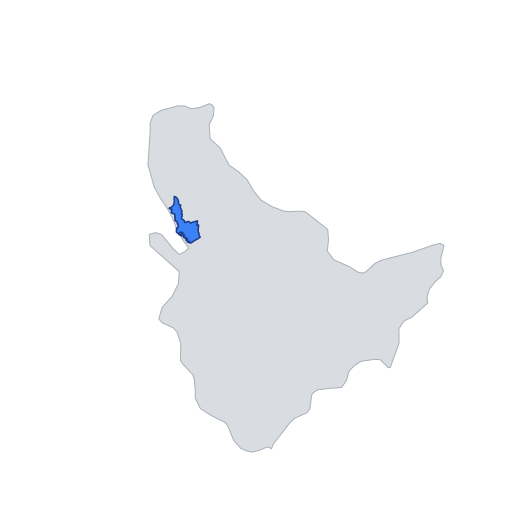 Sabana de la Mar, Hato Mayor, Dominican Republic (highlighted), rotated 227°
{"feature_id": "3306468B29734552826956", "entity_name": "Sabana de la Mar", "entity_type": "district", "adm_level": 2, "iso_a3": "DOM", "parent_name": "Dominican Republic", "parent_adm1": "Hato Mayor", "projection": "equal_earth", "projection_center": [-69.405, 19.01], "detail": "fine", "context": "in_parent", "style": "filled", "palette": "blue", "viewbox_px": 512, "rotation_deg": 227, "n_neighbors": 0, "source": "geoboundaries", "source_scale": "gbopen_adm2", "svg_char_len": 6458}
<svg xmlns="http://www.w3.org/2000/svg" viewBox="0 0 512 512"><g transform="rotate(227 256 256)"><path d="M104.5,349.3L105.0,328.3L107.5,319.8L105.3,310.8L94.8,301.3L88.5,289.0L82.9,278.2L84.1,276.6L95.5,276.1L99.6,272.2L107.3,261.1L108.8,252.1L108.2,245.4L103.3,237.3L101.4,228.8L107.6,221.4L115.7,210.6L116.8,206.4L116.6,202.3L107.3,190.9L106.7,186.0L111.1,173.6L110.7,165.5L106.5,139.9L104.5,136.1L108.7,134.0L111.4,126.4L115.1,119.6L120.0,116.0L125.5,113.7L136.4,113.9L151.5,119.8L155.8,119.7L170.3,114.3L182.4,111.3L193.7,114.7L198.3,119.3L207.6,126.6L212.3,128.9L227.1,128.7L231.1,129.4L243.5,141.5L253.9,146.3L260.0,146.5L270.9,141.9L276.3,142.0L282.5,152.4L283.7,167.1L288.8,180.6L296.8,189.2L335.9,185.6L344.6,192.7L341.6,198.5L336.1,201.6L317.5,200.3L309.4,201.0L307.7,206.8L307.7,212.2L318.6,213.5L329.3,216.2L340.1,220.6L351.2,223.5L363.6,225.5L375.9,228.6L396.4,239.2L419.1,263.4L425.1,268.9L429.1,276.5L427.3,285.8L419.2,301.1L414.6,306.0L408.0,309.0L403.4,315.3L399.0,326.0L396.3,326.9L393.1,326.5L387.6,320.4L383.8,311.1L372.8,302.3L359.8,303.5L340.7,298.3L329.1,300.8L317.5,301.4L305.7,298.7L293.7,297.8L281.8,301.1L270.3,306.7L266.0,310.3L258.6,319.0L254.7,322.2L226.6,326.6L218.5,320.2L211.0,311.5L200.2,310.3L184.5,317.0L174.7,319.5L170.7,322.4L169.5,325.7L169.5,337.9L167.2,345.3L151.8,373.4L143.1,393.2L139.6,399.3L135.5,400.7L128.0,389.3L123.2,385.1L117.3,383.1L114.8,377.0L114.9,368.4L113.4,360.1L109.7,353.5L104.5,349.3Z" fill="#d9dde1" stroke="#a8b0b8" stroke-width="1"/><path d="M349.2,226.3L349.1,226.2L349.4,226.0L349.4,225.9L349.7,225.9L350.1,225.9L350.2,225.7L349.9,225.6L349.7,225.6L349.5,225.8L349.2,225.7L349.1,225.3L349.3,225.1L349.2,225.1L348.9,225.3L348.8,225.6L348.7,225.7L348.6,225.8L348.6,226.0L348.2,225.8L347.8,225.8L347.6,226.1L347.3,226.2L347.2,226.0L347.1,225.6L347.2,225.3L347.0,225.2L346.8,225.2L346.6,224.9L346.3,224.9L346.2,224.7L346.1,224.3L345.9,224.1L345.6,224.0L345.5,223.9L345.5,223.6L345.4,223.6L345.2,223.8L344.9,223.6L344.5,223.8L344.5,224.0L344.3,224.0L344.1,224.1L343.7,224.1L343.4,224.4L342.9,224.5L342.7,224.8L342.2,225.1L341.9,225.1L341.6,225.0L341.6,224.9L341.2,224.4L340.9,224.3L340.8,224.0L340.7,223.9L340.5,223.7L340.2,223.6L340.2,223.3L340.1,223.2L339.9,223.1L339.0,222.9L338.9,222.8L338.7,222.8L338.6,222.7L338.3,222.3L338.4,222.1L338.2,221.8L338.0,222.0L337.8,221.6L337.6,221.2L337.3,221.1L336.8,221.0L336.5,221.0L336.2,221.1L335.6,221.3L335.6,221.5L335.1,221.6L334.3,221.6L333.9,221.2L333.8,220.9L333.3,220.9L333.2,220.5L332.6,220.6L332.4,220.2L331.4,220.0L331.2,219.8L330.8,219.8L330.5,219.2L330.4,218.8L330.2,218.6L330.2,217.9L330.3,217.9L330.5,217.5L330.5,217.3L330.3,217.3L330.2,217.1L330.2,216.8L330.4,216.7L330.4,216.4L330.2,216.3L329.8,216.2L329.7,216.1L329.4,215.8L328.7,214.9L328.5,214.6L327.7,214.1L327.2,214.1L326.7,214.1L326.2,214.4L325.7,214.4L325.5,214.5L324.6,214.4L324.3,214.3L324.1,214.3L323.0,214.7L322.4,215.0L322.2,215.0L321.9,215.1L321.4,215.3L321.4,215.6L321.7,215.4L321.8,215.3L322.2,215.3L322.4,215.0L322.5,215.0L322.8,215.3L323.0,215.2L323.2,215.3L323.2,215.0L323.4,214.7L323.7,214.7L323.8,214.8L323.8,215.0L324.0,215.0L324.0,214.9L324.2,214.6L324.5,214.6L324.9,214.9L325.1,214.8L325.2,215.0L325.2,215.4L325.1,215.9L325.0,216.0L324.9,217.1L324.8,217.5L324.7,217.6L324.3,218.0L324.1,218.0L323.7,218.1L323.4,218.0L323.4,217.8L323.5,217.6L323.5,217.4L323.4,217.3L323.2,217.5L323.2,217.3L323.0,217.1L322.8,217.4L322.8,217.2L322.9,216.9L322.7,217.0L322.6,216.9L322.3,217.2L322.1,217.1L321.9,217.2L321.7,217.1L321.3,217.2L321.2,217.2L320.9,217.1L320.5,217.2L320.5,217.4L320.3,217.4L320.3,217.1L320.2,217.1L320.1,217.3L320.0,217.0L320.1,216.7L319.9,216.9L319.9,216.5L319.7,216.5L319.7,216.3L319.7,216.1L319.5,215.9L319.3,215.9L319.2,215.7L319.2,215.9L319.3,216.0L319.2,216.0L319.0,216.3L318.9,216.3L319.0,216.1L319.0,215.9L318.9,215.9L318.8,216.1L318.8,215.9L318.6,215.9L318.6,216.0L318.3,215.9L318.3,216.2L318.1,216.2L318.0,216.6L317.9,216.7L317.7,216.0L317.7,216.4L317.5,216.5L317.4,216.7L317.1,216.7L316.9,216.9L316.8,217.0L316.6,216.7L316.4,216.6L316.4,216.8L316.5,216.8L316.3,216.9L316.3,217.3L316.2,217.3L316.0,217.1L316.0,216.8L316.0,216.7L315.9,216.7L315.9,216.9L315.7,216.8L315.7,216.7L315.5,216.9L315.4,216.9L315.4,216.7L315.2,216.6L315.1,216.8L315.0,216.5L314.9,216.7L314.7,216.6L314.6,216.2L314.4,216.2L314.2,216.3L314.1,216.5L314.0,216.4L314.0,216.6L313.9,216.2L313.6,216.2L313.7,215.9L313.4,215.7L313.2,215.5L313.1,215.9L313.2,216.1L313.1,215.9L313.0,215.6L312.9,215.6L312.9,215.8L312.8,216.0L312.7,216.1L312.6,215.9L312.3,215.9L312.2,216.1L312.2,215.9L312.0,216.0L312.0,216.3L311.8,216.4L311.8,216.6L311.6,216.4L311.4,216.7L311.2,216.6L310.9,216.6L310.7,216.6L310.7,216.8L310.5,216.7L310.3,216.9L310.1,216.9L309.9,217.3L309.8,218.1L309.6,218.7L309.5,219.5L309.4,220.2L309.3,221.0L309.1,221.5L309.0,222.4L308.8,223.0L308.7,223.8L308.2,225.1L308.2,226.3L307.9,227.1L307.9,228.1L308.3,228.2L309.2,228.3L309.7,228.6L310.3,228.7L310.6,228.9L311.2,229.6L311.7,229.9L312.0,230.0L312.4,229.9L312.9,230.1L313.5,230.7L313.9,231.0L314.6,231.8L315.6,232.4L315.9,233.1L316.2,233.4L316.5,233.8L316.6,234.0L317.1,234.2L317.5,234.8L317.7,235.1L317.9,235.1L318.2,234.9L318.5,234.5L318.7,233.8L318.9,233.7L319.0,233.7L319.4,234.2L319.8,234.7L320.1,235.4L320.4,235.8L320.7,236.4L321.4,236.9L321.8,237.0L322.1,236.3L322.6,235.1L323.0,234.5L323.2,234.0L323.9,233.0L324.2,232.2L324.2,231.1L324.3,230.7L324.6,230.6L324.9,230.5L325.6,230.6L326.2,230.7L326.9,230.5L327.4,230.1L327.5,230.0L327.7,229.1L327.9,228.9L328.3,228.6L328.5,227.7L328.9,227.2L329.0,226.8L329.2,226.7L329.9,227.0L330.3,227.6L330.7,227.7L332.0,227.7L332.5,227.4L333.1,227.3L333.6,227.0L334.0,227.0L334.3,227.1L334.8,227.4L335.0,227.7L335.1,228.0L335.2,228.7L335.4,229.2L335.7,229.5L336.6,230.0L337.0,230.7L337.2,230.8L337.7,230.4L338.0,230.4L338.4,230.8L338.7,231.2L339.0,232.3L340.0,232.7L340.7,232.9L342.0,233.5L343.0,233.6L343.7,234.1L344.2,235.3L344.6,235.6L344.8,235.5L345.8,235.0L346.9,235.0L347.3,235.0L347.5,235.2L348.0,236.0L348.4,236.4L349.7,236.9L350.7,237.5L352.1,237.6L352.6,237.8L353.3,237.6L354.2,237.5L355.2,236.8L354.6,236.2L353.5,234.9L352.6,234.3L352.0,233.7L351.1,233.1L350.7,232.3L349.9,231.2L349.5,230.4L349.5,230.1L349.5,227.5L349.4,227.1L349.0,226.4L349.2,226.3ZM315.4,216.0L315.3,216.3L315.6,216.3L315.4,216.0ZM315.1,215.7L315.0,215.8L315.2,216.1L315.2,215.9L315.1,215.7ZM315.2,215.1L315.2,215.3L315.2,215.5L315.2,215.1Z" fill="#3b82f6" stroke="#1e3a8a" stroke-width="1.5"/></g></svg>